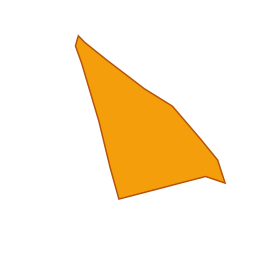 Laborie, Robinson projection, rotated 322°
{"feature_id": "LCA-5082", "entity_name": "Laborie", "entity_type": "Quarter", "adm_level": 1, "iso_a3": "LCA", "parent_name": "Saint Lucia", "parent_adm1": "", "projection": "robinson", "projection_center": [-60.981, 13.781], "detail": "fine", "context": "isolated", "style": "filled", "palette": "amber", "viewbox_px": 256, "rotation_deg": 322, "n_neighbors": 0, "source": "natural_earth", "source_scale": "10m", "svg_char_len": 344}
<svg xmlns="http://www.w3.org/2000/svg" viewBox="0 0 256 256"><g transform="rotate(322 128 128)"><path d="M170.6,231.2L159.2,213.9L77.1,178.4L89.5,148.3L109.2,104.8L131.4,48.3L137.1,31.0L145.6,24.8L146.6,33.9L152.9,60.7L165.0,107.0L176.4,138.2L178.3,180.2L178.9,208.4L170.6,231.2Z" fill="#f59e0b" stroke="#b45309" stroke-width="1.5"/></g></svg>